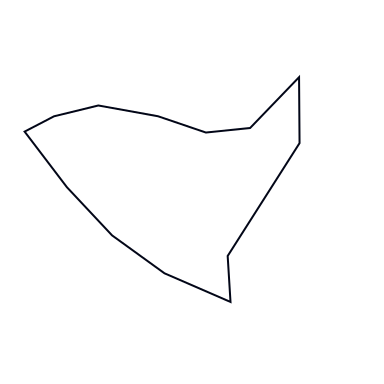 outline of Ceuta, rotated 341°
{"feature_id": "ESP-5815", "entity_name": "Ceuta", "entity_type": "Autonomous City", "adm_level": 1, "iso_a3": "ESP", "parent_name": "Spain", "parent_adm1": "", "projection": "orthographic", "projection_center": [-5.347, 35.887], "detail": "fine", "context": "isolated", "style": "outline", "palette": "ink", "viewbox_px": 384, "rotation_deg": 341, "n_neighbors": 0, "source": "natural_earth", "source_scale": "10m", "svg_char_len": 328}
<svg xmlns="http://www.w3.org/2000/svg" viewBox="0 0 384 384"><g transform="rotate(341 192 192)"><path d="M192.6,308.5L139.5,259.9L102.3,207.0L75.3,146.8L53.4,80.4L86.2,75.5L131.6,79.7L184.5,109.3L224.5,140.3L267.8,150.4L330.6,118.3L309.6,180.8L204.9,264.1L192.6,308.5Z" fill="none" stroke="#020617" stroke-width="2"/></g></svg>